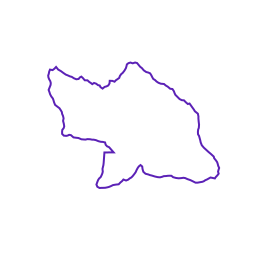 José Boiteux, Santa Catarina, Brazil, rotated 318°
{"feature_id": "56859067B74314502479373", "entity_name": "José Boiteux", "entity_type": "district", "adm_level": 2, "iso_a3": "BRA", "parent_name": "Brazil", "parent_adm1": "Santa Catarina", "projection": "mercator", "projection_center": [-49.654, -26.855], "detail": "fine", "context": "isolated", "style": "outline", "palette": "violet", "viewbox_px": 256, "rotation_deg": 318, "n_neighbors": 0, "source": "geoboundaries", "source_scale": "gbopen_adm2", "svg_char_len": 2928}
<svg xmlns="http://www.w3.org/2000/svg" viewBox="0 0 256 256"><g transform="rotate(318 128 128)"><path d="M187.1,128.8L185.6,127.0L185.2,123.9L184.5,121.7L184.2,119.4L182.0,117.0L180.9,114.8L180.3,112.5L180.2,110.6L179.6,108.4L180.1,106.2L180.6,104.5L181.0,102.2L180.2,100.4L179.0,98.6L178.3,95.7L178.4,92.8L178.0,90.6L178.1,88.1L178.2,85.8L177.1,84.1L174.8,83.1L173.6,81.0L171.7,80.1L169.7,80.0L168.3,81.0L166.5,82.1L163.7,83.0L160.9,83.5L159.0,83.4L156.8,83.9L155.0,84.9L153.0,84.7L150.9,84.4L149.0,84.6L147.9,82.5L146.0,80.7L144.1,82.5L141.8,83.2L139.9,82.7L138.1,81.8L135.5,81.7L134.9,79.2L135.4,77.5L134.4,76.1L134.0,73.8L132.9,71.8L130.8,71.5L130.5,69.7L130.0,67.9L129.8,65.5L127.8,63.6L127.9,60.7L127.7,58.6L126.1,58.2L124.1,58.5L122.2,57.2L121.1,54.9L120.4,52.3L119.4,50.8L118.5,48.7L117.5,46.7L116.8,43.8L116.2,40.8L115.2,37.8L115.4,34.5L113.0,34.7L110.7,34.5L109.1,32.4L107.1,33.4L105.4,34.7L103.8,35.6L102.7,37.2L102.0,39.1L101.6,41.1L100.7,42.9L99.3,44.2L96.7,45.5L94.5,46.6L93.7,48.6L92.7,50.8L92.1,53.2L91.9,55.8L91.2,57.5L90.3,59.3L89.3,62.0L89.8,64.9L90.3,67.4L89.9,70.0L89.5,71.9L88.5,73.4L87.8,75.5L86.6,77.7L84.5,79.3L83.2,81.8L81.7,84.1L80.0,85.1L78.0,85.4L76.6,86.6L75.1,88.3L75.2,90.7L76.8,92.5L78.2,93.3L79.7,93.7L80.8,95.1L81.2,98.5L82.9,100.5L84.5,102.3L85.8,105.2L87.5,107.0L88.7,108.2L90.4,109.1L92.3,111.0L93.4,112.5L94.6,113.6L96.0,115.5L97.2,118.0L98.6,120.1L99.9,121.4L101.3,123.4L100.2,125.5L100.2,127.6L101.1,129.6L101.0,136.5L94.1,130.4L86.5,137.7L84.9,139.1L83.3,140.2L81.7,141.3L80.0,143.6L78.5,144.6L76.6,145.5L74.8,146.2L72.7,146.2L70.9,146.7L69.1,147.6L66.7,148.9L65.9,151.2L66.7,153.5L69.0,155.4L70.8,157.0L72.8,158.2L74.3,159.0L76.2,159.7L78.7,160.4L81.2,162.0L83.4,163.6L85.9,163.4L88.2,163.5L90.1,163.2L91.4,165.7L93.5,166.5L95.6,166.6L97.4,167.0L99.2,166.9L101.6,166.5L104.0,166.0L106.5,164.9L108.5,164.2L110.3,163.8L112.5,163.9L112.8,166.1L111.3,168.3L110.1,170.8L110.4,173.7L112.0,176.1L112.8,177.7L113.9,179.3L115.5,182.0L117.2,184.4L118.8,186.1L120.7,187.1L122.5,187.8L123.9,189.0L125.5,190.1L126.9,191.2L128.3,192.6L128.6,194.7L130.2,197.2L132.0,199.3L134.1,200.9L135.9,202.1L137.0,203.5L138.0,205.8L139.5,208.5L140.6,211.2L141.6,213.8L143.0,215.1L145.3,216.5L147.2,217.7L148.7,218.3L150.5,218.5L152.2,219.1L154.0,219.5L156.2,220.0L157.8,222.2L158.8,223.6L160.3,223.2L162.7,223.0L164.8,222.6L165.7,220.7L167.4,219.6L169.0,218.7L169.7,216.5L170.7,214.6L171.4,213.0L171.7,210.6L171.8,208.2L172.6,206.6L172.4,204.5L172.2,202.5L171.8,199.7L171.5,196.5L171.2,193.4L171.3,190.2L172.4,187.3L173.5,185.4L174.5,183.4L175.5,181.4L175.8,179.6L177.3,177.7L179.1,176.1L180.7,175.3L183.0,173.1L184.9,170.4L186.8,167.9L188.1,166.5L189.5,164.1L188.9,160.3L189.3,158.2L189.6,155.4L189.9,152.9L190.1,151.0L188.5,150.2L188.2,147.6L188.1,144.9L186.6,143.3L185.7,141.0L185.6,139.1L185.5,137.0L185.4,135.0L186.0,133.1L186.7,131.4L187.1,128.8Z" fill="none" stroke="#5b21b6" stroke-width="2"/></g></svg>